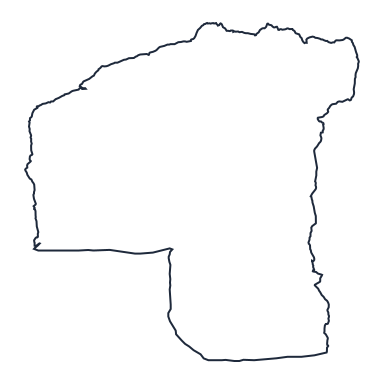 North Tanna, Tafea, Vanuatu
{"feature_id": "77236927B7031422019545", "entity_name": "North Tanna", "entity_type": "district", "adm_level": 2, "iso_a3": "VUT", "parent_name": "Vanuatu", "parent_adm1": "Tafea", "projection": "orthographic", "projection_center": [169.312, -19.371], "detail": "fine", "context": "isolated", "style": "outline", "palette": "slate", "viewbox_px": 384, "rotation_deg": 0, "n_neighbors": 0, "source": "geoboundaries", "source_scale": "gbopen_adm2", "svg_char_len": 5778}
<svg xmlns="http://www.w3.org/2000/svg" viewBox="0 0 384 384"><path d="M326.6,352.5L326.9,351.5L327.0,347.7L328.2,346.0L328.1,345.5L327.3,345.0L327.1,344.0L327.4,340.2L327.8,338.8L327.7,337.7L325.7,334.2L324.3,333.1L324.2,332.4L324.5,331.5L324.5,328.5L324.9,325.4L325.8,324.0L327.5,323.9L327.9,323.6L328.9,320.9L328.4,318.6L328.9,317.0L329.0,316.0L328.4,314.5L328.3,312.4L327.5,310.8L327.4,310.0L328.7,307.3L328.8,304.6L328.1,302.5L327.1,300.8L325.1,299.2L323.6,296.8L321.7,295.0L320.2,292.2L319.1,290.7L318.2,288.7L314.8,285.4L314.9,284.7L319.9,281.8L320.2,281.2L320.2,278.3L321.6,276.0L322.1,274.9L321.5,274.6L318.0,273.6L316.1,272.0L313.1,271.5L312.8,271.2L313.2,270.2L314.1,270.1L314.2,269.8L313.1,266.9L313.3,265.6L312.8,264.6L312.5,262.1L312.0,261.6L312.0,260.7L312.8,261.1L313.5,261.0L314.2,260.0L314.3,259.0L314.0,257.4L311.2,252.5L310.8,250.2L310.2,249.3L310.0,245.3L309.3,244.1L308.8,243.8L308.5,242.4L309.5,239.8L309.6,237.6L310.5,236.2L310.5,233.1L311.6,230.9L311.3,227.6L312.3,226.0L315.8,223.4L315.9,223.0L315.8,216.0L314.8,212.8L313.7,206.4L312.5,202.6L312.3,200.3L311.9,199.7L311.4,196.9L310.7,196.4L312.2,193.6L315.6,189.3L316.1,187.9L316.0,186.6L315.5,185.4L315.8,183.1L315.6,182.2L315.1,181.5L316.3,175.5L316.3,171.6L317.1,167.9L314.2,151.5L314.2,150.3L315.0,148.6L317.0,146.5L319.2,143.0L320.2,142.1L321.0,140.8L321.4,138.6L321.3,137.6L320.4,135.3L320.9,132.7L322.7,132.4L322.8,130.5L323.5,129.6L323.7,128.1L323.1,124.6L323.6,124.2L323.4,123.2L322.8,122.7L322.0,122.5L320.9,121.4L319.7,121.5L319.1,121.2L317.8,119.3L317.7,118.1L318.0,117.7L322.1,117.0L323.5,116.4L324.3,115.0L327.2,113.1L328.2,111.8L327.7,109.9L327.8,109.4L329.2,107.8L330.3,105.9L331.7,104.6L332.6,104.2L336.1,103.7L337.7,101.9L339.2,101.4L342.4,101.8L347.6,99.3L348.3,99.4L349.6,100.4L350.5,100.2L350.9,99.9L351.7,97.6L353.1,96.4L354.0,94.0L354.1,92.3L353.7,89.2L354.8,83.4L354.9,78.9L355.6,77.1L355.5,75.2L355.8,73.1L357.8,68.4L358.2,65.9L358.1,63.8L358.8,61.8L358.7,61.1L357.4,57.9L356.8,57.4L356.8,56.8L357.2,56.5L357.2,55.1L356.1,52.2L354.6,46.9L353.4,45.0L352.8,43.0L351.9,41.8L351.8,40.3L349.1,38.5L347.0,37.7L345.8,37.8L343.7,39.5L342.6,40.0L339.5,40.4L336.2,40.3L335.2,41.1L334.3,42.4L333.2,42.3L331.1,42.9L328.5,42.1L327.2,40.9L326.0,41.0L324.1,40.3L322.6,39.5L321.0,39.4L319.8,38.7L317.4,38.0L315.3,37.8L314.2,37.0L312.6,36.6L309.5,37.4L307.3,38.5L306.4,39.6L306.7,42.8L305.4,42.7L304.5,43.1L303.2,41.8L302.3,40.3L301.6,38.1L300.3,36.9L299.2,34.4L295.9,33.3L295.2,32.6L294.8,31.4L293.7,30.4L292.9,30.0L292.4,29.0L289.5,29.1L288.2,28.5L287.2,28.4L285.9,29.1L284.8,29.4L282.3,29.7L281.1,29.2L280.3,29.2L279.9,29.3L279.3,29.9L278.4,29.9L277.0,26.8L276.2,26.8L274.8,27.4L273.8,27.4L272.5,26.5L271.5,25.3L268.8,24.6L268.1,23.7L267.4,23.7L267.2,23.9L266.2,26.7L265.6,27.4L264.6,28.3L263.1,28.2L261.9,28.6L259.9,30.1L258.7,32.3L256.5,33.9L256.0,35.1L255.5,35.3L254.9,35.3L254.6,34.5L254.2,34.3L250.6,33.9L247.9,33.2L245.8,33.2L244.3,32.9L242.0,31.9L239.4,32.2L238.1,31.5L235.6,31.7L234.7,31.4L233.3,31.9L233.3,30.8L232.7,30.5L230.8,30.5L230.2,31.0L229.6,31.1L228.1,30.8L226.6,30.8L225.2,28.5L223.0,27.2L221.8,24.3L220.7,23.4L220.1,23.7L219.2,25.1L217.9,25.6L217.4,24.7L216.4,23.9L216.1,23.1L214.0,23.5L213.3,23.1L212.3,23.2L210.4,23.6L209.6,23.3L207.7,23.5L207.2,23.0L206.4,23.2L205.5,23.9L204.1,24.1L203.3,25.1L201.8,25.9L200.2,27.9L197.9,30.0L196.6,32.9L195.5,36.0L194.2,38.2L193.2,39.0L191.3,39.5L190.9,40.0L190.9,41.0L186.7,41.8L185.0,41.4L183.4,41.4L181.0,42.0L178.3,42.2L174.7,44.1L170.6,44.1L169.2,44.6L167.4,44.6L164.3,45.9L160.0,46.9L158.9,47.6L156.6,50.0L155.4,50.8L153.0,51.8L150.1,52.5L149.5,52.9L148.9,54.8L148.6,54.9L146.8,54.0L140.2,54.5L138.3,55.2L136.8,56.3L135.8,56.6L133.8,58.0L128.9,58.2L126.1,59.5L123.9,59.8L117.4,62.7L114.8,62.7L113.8,63.3L111.0,64.2L108.3,65.6L106.5,66.2L104.5,66.4L102.5,66.1L101.6,66.4L100.4,67.9L98.5,69.3L98.3,70.3L96.5,71.7L94.9,73.5L93.9,75.6L92.5,76.3L89.2,78.9L83.6,81.4L83.0,82.1L82.1,83.8L80.3,84.8L79.7,86.2L80.6,87.0L80.9,86.9L81.9,87.7L83.0,88.2L85.2,88.2L85.7,88.8L82.3,89.0L81.7,88.7L81.1,87.9L80.2,88.0L79.4,88.5L78.6,89.6L73.0,90.8L71.6,91.4L68.7,93.5L64.6,94.4L64.3,95.2L62.3,95.9L58.8,97.9L55.6,99.2L53.2,101.4L51.0,101.5L50.1,102.5L48.4,102.2L45.8,103.4L42.6,103.9L40.6,105.2L39.5,105.5L38.6,106.3L37.2,106.2L36.8,106.6L36.8,106.8L37.5,107.3L37.4,107.9L34.2,109.7L32.4,113.2L31.8,116.4L31.3,117.2L30.1,118.0L29.9,119.0L30.0,120.3L29.0,121.6L29.6,122.6L29.0,126.6L29.7,129.0L29.5,131.2L31.1,135.3L31.1,136.0L30.6,137.2L30.6,137.7L31.2,138.7L31.1,141.5L31.7,143.6L31.1,145.6L31.2,150.3L32.4,154.2L31.8,155.0L30.6,155.4L29.9,156.5L29.6,159.1L29.9,160.1L30.8,161.1L30.4,161.7L27.5,164.2L27.1,165.5L27.3,167.6L26.1,168.4L25.2,169.4L25.4,170.5L26.7,172.5L27.4,174.9L29.8,178.6L31.4,179.5L32.3,181.6L33.5,183.2L34.2,184.6L34.6,190.1L34.0,192.1L34.0,193.5L33.4,194.9L33.6,196.5L34.0,198.9L35.8,203.7L35.6,204.5L33.6,206.2L34.7,208.0L34.1,208.7L34.1,209.1L35.1,209.8L35.5,211.1L35.6,215.9L35.8,217.1L35.5,218.3L36.5,221.2L36.8,226.5L38.3,232.1L37.8,233.8L37.9,236.6L37.7,237.1L37.3,237.4L36.5,237.3L35.5,238.1L34.1,240.3L34.3,242.1L34.6,242.6L34.6,245.7L35.6,245.9L36.5,245.6L39.4,243.4L39.7,243.5L37.9,245.4L34.8,248.0L34.0,248.9L38.2,250.5L79.2,250.5L88.2,250.0L93.4,250.5L109.7,249.9L135.0,253.6L140.2,253.6L152.9,252.6L169.7,248.4L172.3,249.4L170.0,252.0L169.7,254.4L168.7,256.7L168.7,258.2L169.4,261.9L170.4,264.9L169.7,273.9L170.3,279.1L170.0,282.6L170.3,285.5L169.7,289.4L170.7,304.6L170.7,309.0L168.3,313.1L168.3,316.5L170.0,321.3L175.7,330.6L176.1,334.3L181.8,340.6L185.1,343.9L189.2,346.5L193.6,350.2L200.6,354.3L203.7,358.4L208.4,360.2L221.8,360.2L225.6,359.9L234.3,361.0L239.4,361.0L243.4,359.8L254.2,360.2L276.3,358.3L287.5,356.8L301.4,356.8L314.5,355.3L326.6,352.5Z" fill="none" stroke="#1e293b" stroke-width="2"/></svg>